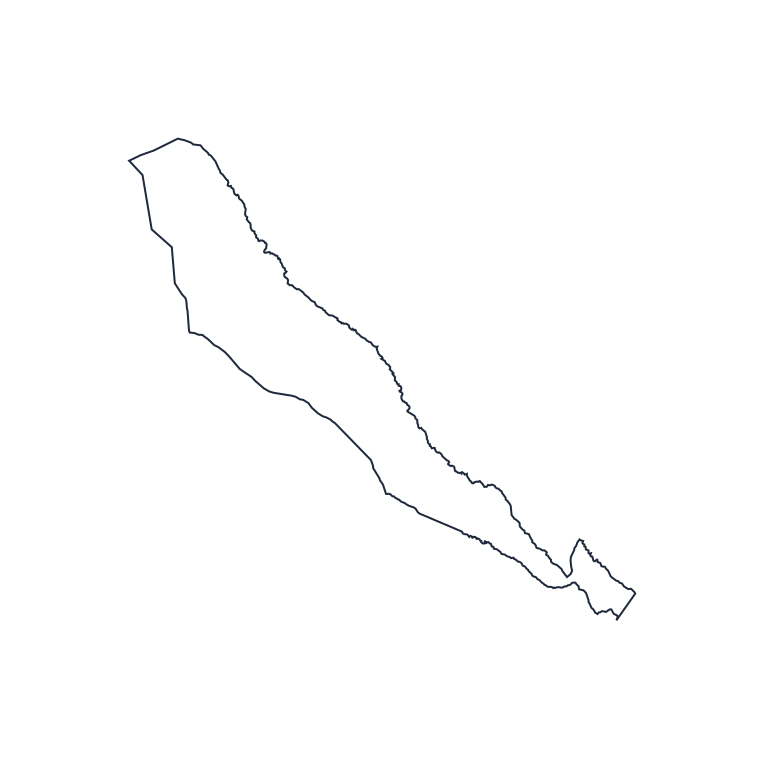 Valle Fértil, San Juan, Argentina (Equal Earth projection), rotated 161°
{"feature_id": "61730980B31889101729395", "entity_name": "Valle Fértil", "entity_type": "district", "adm_level": 2, "iso_a3": "ARG", "parent_name": "Argentina", "parent_adm1": "San Juan", "projection": "equal_earth", "projection_center": [-67.808, -30.598], "detail": "fine", "context": "isolated", "style": "outline", "palette": "slate", "viewbox_px": 768, "rotation_deg": 161, "n_neighbors": 0, "source": "geoboundaries", "source_scale": "gbopen_adm2", "svg_char_len": 6154}
<svg xmlns="http://www.w3.org/2000/svg" viewBox="0 0 768 768"><g transform="rotate(161 384 384)"><path d="M311.9,167.0L310.3,165.7L309.0,162.3L308.2,161.3L308.2,160.0L306.3,156.5L306.2,154.7L305.1,153.1L303.4,152.2L302.3,149.3L301.1,148.4L299.1,144.3L298.1,143.3L297.7,141.8L296.8,141.3L295.4,139.1L291.6,137.5L290.2,135.8L289.3,136.1L288.6,135.5L285.5,135.3L281.9,133.4L278.9,133.8L277.3,133.2L275.8,133.8L273.7,133.4L270.6,134.8L267.7,133.9L267.2,131.9L265.9,129.6L266.4,126.4L262.5,123.9L261.0,120.7L261.0,113.1L261.6,111.0L261.1,109.5L260.7,104.8L259.3,102.4L258.7,99.0L257.0,97.0L255.2,98.1L253.9,97.7L251.8,98.3L248.2,96.2L244.1,97.4L242.5,96.9L241.6,91.9L238.8,89.1L239.2,87.2L241.2,84.9L214.7,104.0L215.0,105.7L217.0,109.9L219.8,110.6L221.2,112.2L223.1,114.7L223.9,117.8L226.1,119.6L226.7,121.3L228.4,122.4L230.9,126.0L232.3,128.4L232.8,133.8L233.3,135.6L234.1,136.6L234.7,139.4L237.0,140.3L237.7,141.0L237.8,144.4L239.9,146.0L239.5,148.4L240.0,148.7L241.9,147.7L242.8,147.9L243.5,148.8L243.2,153.0L244.5,153.7L244.7,154.3L244.6,155.1L243.5,156.6L245.1,156.7L245.7,157.5L244.8,160.0L247.0,161.9L246.4,164.4L247.5,165.4L246.8,167.0L248.1,168.6L248.0,169.4L246.8,170.7L249.2,172.4L249.7,173.3L252.5,171.5L255.2,168.2L257.2,167.0L258.4,164.9L263.6,159.6L265.2,156.0L266.5,150.3L266.9,146.2L269.5,143.5L273.8,141.9L276.2,149.0L276.4,151.3L279.4,156.5L282.6,159.1L283.8,161.3L283.9,162.0L283.3,163.5L284.3,165.2L284.8,167.9L286.3,169.9L284.9,171.8L285.3,172.6L286.4,174.4L288.2,175.0L290.2,177.4L293.1,179.4L293.2,183.1L295.4,186.3L294.7,187.5L295.5,190.5L295.9,194.9L299.2,197.1L299.1,199.8L300.5,201.5L301.9,205.0L301.1,208.8L303.2,212.6L304.5,213.9L306.0,218.6L303.9,227.4L304.0,228.9L305.3,233.1L306.5,235.1L306.1,237.0L307.8,242.5L307.9,244.6L309.0,245.8L309.8,247.7L311.2,248.5L312.2,249.8L312.5,251.8L314.8,253.8L317.0,253.8L318.5,254.7L320.3,253.4L322.6,254.0L323.3,257.2L325.1,261.1L326.6,260.7L327.6,261.4L330.4,261.8L331.0,261.2L332.6,261.2L333.3,262.3L333.2,263.2L334.2,264.4L335.2,268.8L335.4,270.6L334.9,272.1L337.1,272.0L337.6,273.5L338.9,275.3L339.9,275.1L340.1,274.3L340.5,274.9L343.2,276.2L344.1,277.9L344.9,278.2L345.2,279.1L344.6,282.3L344.8,283.2L346.4,284.7L347.7,284.7L349.5,287.1L349.3,287.8L347.9,288.8L348.1,290.2L349.4,291.4L352.3,296.6L352.5,298.7L353.5,300.6L354.1,301.4L355.2,301.4L356.4,302.4L357.1,305.0L356.9,307.1L359.8,307.7L360.0,309.7L360.9,310.7L360.2,312.0L361.0,312.7L361.6,314.3L361.0,315.9L361.4,318.3L360.7,319.7L360.6,325.4L362.8,328.9L363.1,330.4L364.8,330.4L365.6,331.8L365.1,333.9L365.2,336.0L364.3,339.1L365.5,341.2L365.2,342.6L365.6,344.1L370.8,350.4L370.6,351.1L368.0,352.5L367.3,354.0L368.0,355.9L368.7,356.4L368.9,358.8L369.9,359.4L370.5,360.8L371.6,361.3L372.2,363.5L372.1,365.2L371.5,366.9L370.1,367.9L369.7,369.0L370.1,370.4L371.7,371.8L371.6,372.6L369.8,372.8L369.1,374.0L368.8,375.8L369.3,376.7L370.7,377.5L370.2,379.0L371.0,379.2L371.5,379.9L371.4,381.8L372.6,384.0L371.3,386.9L372.7,390.4L372.7,390.8L371.6,390.8L371.6,391.5L373.8,396.0L373.0,396.9L372.6,398.3L373.3,399.4L373.4,400.5L375.3,402.5L375.6,405.5L378.3,408.6L376.9,408.9L377.1,410.6L378.3,411.7L379.4,414.6L379.4,419.8L378.1,421.5L379.5,421.7L381.0,422.9L382.0,424.4L382.9,427.6L384.3,428.5L386.3,431.0L386.8,432.7L390.1,436.0L391.6,439.1L393.1,440.9L393.3,444.3L393.8,444.8L395.0,444.6L395.6,446.3L396.6,445.7L397.4,446.6L398.5,448.9L398.1,450.5L398.4,451.3L400.2,453.4L402.4,454.0L403.2,455.2L404.4,455.1L404.7,456.6L405.7,457.2L407.3,459.8L406.6,460.9L406.8,461.6L408.1,462.6L410.2,465.3L413.8,467.1L415.9,471.0L415.8,472.3L417.3,473.8L417.6,475.5L422.0,479.4L422.8,481.4L422.8,483.8L425.6,486.5L427.5,490.8L429.9,494.4L430.6,496.8L433.1,500.7L433.9,501.6L435.4,501.8L437.2,504.1L438.9,507.5L440.7,507.9L442.4,510.4L440.8,513.5L441.2,515.1L443.1,517.8L443.1,518.6L442.4,521.0L441.1,521.1L439.6,522.0L440.3,522.9L440.5,524.3L440.1,525.6L441.6,527.6L441.5,531.1L442.2,532.7L441.7,535.5L442.1,536.7L442.8,536.3L443.4,536.9L443.1,539.6L443.9,540.5L444.9,540.8L445.5,542.2L446.2,542.5L447.4,544.1L448.9,544.2L449.1,546.0L453.8,546.8L454.4,547.9L453.5,549.4L451.3,550.7L449.5,554.2L449.9,555.9L450.6,556.2L450.8,557.6L452.2,559.2L454.3,560.0L455.6,559.7L456.1,560.2L455.9,562.3L457.2,564.4L456.4,566.2L456.9,567.0L457.3,569.1L456.8,570.4L458.5,571.7L459.0,572.9L459.1,575.8L458.3,577.7L458.2,579.7L459.0,580.9L460.2,584.3L459.0,586.2L460.1,588.0L460.0,590.2L457.7,594.5L458.2,597.0L457.6,599.5L458.3,601.2L458.6,603.3L460.6,606.5L460.3,609.3L460.5,610.2L461.1,610.7L462.2,610.4L463.5,612.6L463.0,617.5L464.4,619.4L464.3,621.1L465.8,621.2L467.2,622.6L465.5,625.4L465.5,627.6L466.3,628.3L468.2,634.2L469.9,637.1L469.7,639.4L470.2,641.5L470.9,649.4L472.8,654.9L473.7,656.9L475.0,657.9L475.2,659.9L478.4,665.3L479.8,669.4L486.5,672.7L487.6,674.8L493.0,679.3L499.1,683.1L525.7,679.7L539.4,679.6L552.3,678.1L544.3,660.2L553.3,605.8L540.1,582.4L549.0,547.3L545.9,534.8L543.7,529.7L544.0,526.4L545.7,519.6L545.9,517.3L551.0,498.0L550.9,495.9L546.5,493.8L543.4,491.0L539.5,489.4L539.0,488.2L535.9,483.8L531.9,476.1L528.5,472.7L524.0,465.9L521.5,460.6L515.4,445.0L506.9,433.7L504.7,428.8L499.1,419.1L494.8,414.2L491.0,411.5L475.3,403.1L471.7,400.7L468.7,397.1L465.5,395.2L461.7,390.6L460.0,385.1L456.0,377.8L452.4,373.4L449.3,371.1L445.8,367.3L445.1,365.5L443.2,363.2L421.1,316.3L421.0,310.7L421.6,307.8L419.0,296.3L419.2,294.3L417.7,289.3L417.9,279.4L415.4,278.7L413.8,277.6L412.6,275.1L411.2,274.5L410.3,272.5L408.8,271.2L408.5,270.3L407.3,269.7L406.4,267.5L402.9,264.4L402.1,263.0L399.7,260.4L396.1,257.7L394.7,255.8L393.8,251.9L392.7,250.0L358.4,219.1L358.1,217.1L357.0,216.0L354.8,214.9L354.0,214.1L353.2,211.6L351.8,212.3L350.4,211.0L350.7,210.2L350.2,209.8L349.1,210.3L347.6,209.7L346.9,207.7L346.3,208.0L345.7,207.0L345.2,207.0L344.2,206.0L343.9,204.4L343.1,203.8L343.6,202.7L342.2,200.8L339.8,200.4L340.3,201.7L339.8,202.4L338.0,200.7L336.7,200.5L336.0,198.9L334.8,197.8L335.1,195.5L333.5,194.2L333.8,192.5L331.1,191.0L328.5,187.1L328.2,185.0L325.3,183.4L323.7,181.1L321.1,179.1L320.6,178.0L318.1,177.6L318.0,176.4L316.4,174.8L315.2,172.5L313.8,171.8L312.4,170.1L311.9,167.0Z" fill="none" stroke="#1e293b" stroke-width="2"/></g></svg>